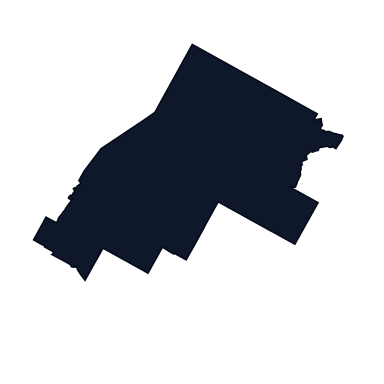 Flinders Ranges, South Australia, Australia, rotated 29°
{"feature_id": "25037944B48952282466613", "entity_name": "Flinders Ranges", "entity_type": "district", "adm_level": 2, "iso_a3": "AUS", "parent_name": "Australia", "parent_adm1": "South Australia", "projection": "albers", "projection_center": [138.36, -32.133], "detail": "fine", "context": "isolated", "style": "filled", "palette": "ink", "viewbox_px": 384, "rotation_deg": 29, "n_neighbors": 0, "source": "geoboundaries", "source_scale": "gbopen_adm2", "svg_char_len": 4234}
<svg xmlns="http://www.w3.org/2000/svg" viewBox="0 0 384 384"><g transform="rotate(29 192 192)"><path d="M307.3,187.8L307.3,187.5L307.4,147.9L307.5,140.2L275.6,140.2L280.0,137.7L280.1,137.2L279.7,135.2L279.8,134.6L279.7,133.9L279.5,133.2L279.1,131.8L279.1,129.1L278.8,127.9L278.9,125.5L278.4,123.9L277.9,123.2L277.6,122.9L276.9,122.0L276.6,121.3L276.6,121.0L276.7,120.7L276.2,118.8L275.7,118.7L274.7,115.4L275.0,115.3L275.2,114.9L275.2,114.5L274.8,114.2L273.6,113.5L273.5,112.9L273.2,112.7L273.7,112.2L273.8,111.9L273.8,111.5L274.9,109.9L275.2,109.6L276.1,108.7L276.3,108.1L276.7,107.6L275.7,106.3L275.3,106.0L274.8,105.6L274.6,105.4L274.0,105.6L273.8,105.7L276.0,99.5L277.6,98.7L277.9,98.7L278.5,98.5L279.5,96.5L279.9,96.3L280.2,96.3L281.1,95.4L281.5,95.2L282.2,94.3L282.2,93.7L282.1,93.4L281.9,93.2L281.9,92.7L281.9,92.4L281.9,92.2L281.9,91.9L281.9,91.7L282.0,91.6L282.2,91.3L282.3,91.1L282.5,90.9L282.6,90.7L282.8,90.6L282.9,90.4L283.1,90.2L283.4,90.1L283.7,90.1L283.8,90.1L283.9,89.9L284.0,89.8L284.0,89.7L284.3,89.5L284.3,89.4L284.5,89.2L284.8,89.1L285.0,89.0L285.1,88.9L285.3,88.8L285.5,88.7L285.7,88.4L285.7,88.2L285.8,88.1L286.1,87.9L286.4,87.8L286.5,87.8L286.7,87.5L286.8,87.2L287.3,86.8L287.8,86.7L288.2,86.7L288.9,86.3L289.5,86.4L291.0,86.2L291.6,85.8L291.9,85.6L292.3,85.1L292.5,84.9L292.6,84.3L296.9,84.3L296.8,83.9L297.6,74.1L297.1,71.3L297.3,70.5L297.0,70.3L296.9,70.1L296.5,69.9L296.3,69.7L295.6,69.9L295.6,69.6L293.1,70.5L291.6,70.9L291.0,70.9L289.6,71.3L288.4,71.7L287.5,71.9L285.9,72.2L282.9,72.4L280.6,73.8L280.2,74.2L279.7,74.5L279.2,74.6L279.3,74.4L276.8,74.2L276.0,75.1L274.6,74.8L273.7,74.1L273.3,72.8L273.1,72.2L273.4,71.8L273.6,71.2L273.5,70.4L273.3,70.1L273.1,69.7L272.9,69.6L272.2,69.1L269.4,65.2L267.1,67.1L263.7,70.0L263.7,62.9L254.7,62.9L241.8,62.9L225.7,62.8L219.8,62.8L209.9,62.8L201.8,62.8L199.4,62.8L190.0,62.8L178.4,62.8L148.9,62.8L120.7,62.8L120.9,140.4L117.3,147.8L113.7,155.0L96.8,187.8L91.5,198.0L87.5,226.1L87.5,230.0L87.5,232.3L87.5,236.9L88.6,236.9L88.9,237.3L89.7,238.0L90.1,238.6L90.5,240.0L90.1,240.3L89.7,240.4L89.5,240.7L89.5,241.1L89.3,241.9L89.2,242.0L88.7,242.1L88.9,242.9L88.6,243.9L89.1,244.5L88.4,245.0L87.9,245.1L87.5,245.0L86.9,245.8L86.7,246.7L87.2,246.7L88.0,247.6L89.1,249.0L88.9,249.4L88.9,249.6L88.7,250.1L88.7,250.3L88.5,250.8L88.6,251.2L88.8,251.3L88.9,251.6L88.9,252.1L88.7,252.7L88.4,253.1L88.1,253.2L87.7,253.3L87.3,253.9L87.3,254.2L87.4,254.5L86.8,255.1L86.6,255.6L86.8,257.1L87.0,257.4L88.8,257.4L89.2,256.9L89.9,256.4L90.4,256.3L90.5,256.6L90.5,257.1L90.5,257.7L90.5,257.9L90.6,258.4L90.3,258.6L90.6,259.2L90.6,259.7L90.4,259.9L90.5,260.3L90.3,260.9L90.4,261.2L90.3,261.4L90.0,261.9L90.0,262.6L89.8,263.3L89.9,263.8L89.7,264.5L89.7,265.9L89.8,266.2L89.3,267.1L89.3,267.5L89.5,268.2L89.4,268.9L89.7,269.2L89.4,270.8L89.1,271.1L89.2,271.5L88.8,272.3L89.0,272.5L89.0,273.0L88.9,274.1L88.7,274.3L88.2,277.9L87.9,278.6L87.8,279.2L87.9,279.7L88.3,281.4L88.4,283.3L88.6,284.6L86.2,284.6L84.8,284.7L84.6,284.7L83.7,284.7L77.0,284.7L76.8,284.7L76.5,284.7L76.6,298.4L76.6,310.7L80.2,310.7L83.8,310.8L83.9,310.7L89.9,310.8L89.9,311.6L92.6,311.5L99.7,311.5L100.2,314.4L100.0,314.6L100.5,314.6L117.5,314.4L117.7,313.9L118.2,314.5L118.7,314.4L118.7,314.5L118.9,314.5L119.0,314.5L121.1,314.4L121.9,315.3L122.5,315.8L124.1,315.5L124.5,315.2L125.9,314.5L126.3,314.3L126.9,313.8L127.0,313.8L127.7,313.6L129.2,315.2L132.5,317.1L132.9,317.2L133.1,317.4L134.4,318.1L138.0,319.7L141.3,321.2L141.3,312.3L141.3,310.4L141.3,309.2L141.3,308.7L141.3,305.1L141.3,300.3L141.4,295.0L141.4,289.0L141.4,284.4L145.5,284.3L149.7,284.3L152.4,284.3L155.1,284.3L155.3,284.3L160.3,284.3L165.1,284.3L169.8,284.3L170.2,284.3L175.2,284.3L183.6,284.3L188.4,284.3L188.5,284.3L192.9,284.4L192.9,271.7L192.9,271.4L192.9,270.7L192.9,268.9L192.9,254.5L196.4,254.8L196.4,254.7L199.2,254.9L199.4,255.0L200.9,255.1L206.2,255.1L206.6,254.2L219.8,254.2L219.9,238.7L219.9,229.7L219.9,225.6L219.9,219.5L219.9,218.8L219.9,217.8L219.7,214.0L219.7,213.2L219.7,193.3L219.7,187.9L223.4,187.9L243.8,187.9L256.7,187.9L260.7,187.9L263.6,187.9L266.5,187.9L272.6,187.9L275.5,187.9L278.5,187.9L281.7,187.8L286.0,187.8L291.8,187.8L297.8,187.8L304.2,187.8L307.3,187.8Z" fill="#0f172a" stroke="#020617" stroke-width="1.5"/></g></svg>